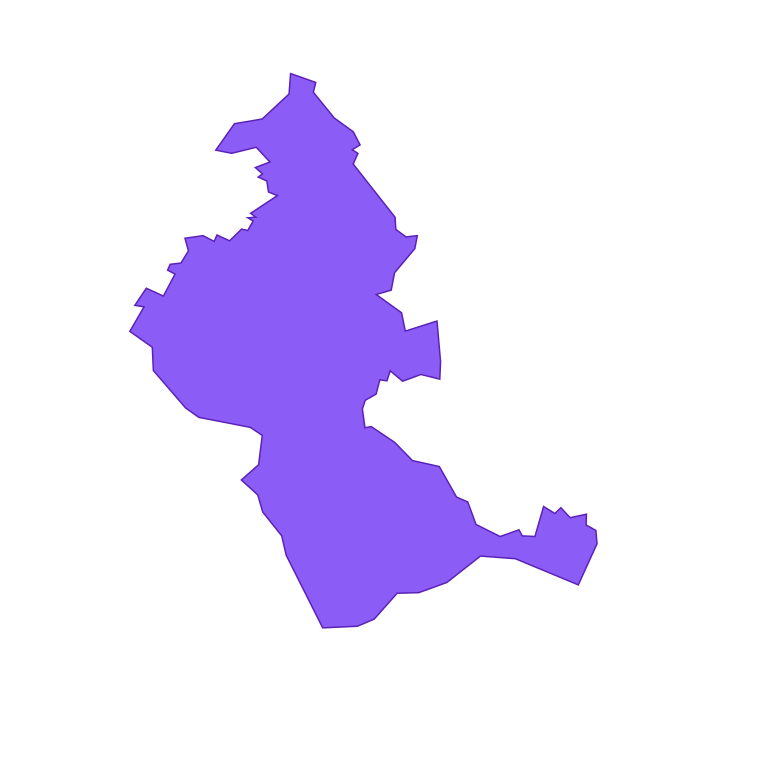 the district of Brvenitsa, Brvenica, North Macedonia, rotated 24°
{"feature_id": "65306769B32864383387565", "entity_name": "Brvenitsa", "entity_type": "district", "adm_level": 2, "iso_a3": "MKD", "parent_name": "North Macedonia", "parent_adm1": "Brvenica", "projection": "robinson", "projection_center": [21.042, 41.888], "detail": "fine", "context": "isolated", "style": "filled", "palette": "violet", "viewbox_px": 768, "rotation_deg": 24, "n_neighbors": 0, "source": "geoboundaries", "source_scale": "gbopen_adm2", "svg_char_len": 1442}
<svg xmlns="http://www.w3.org/2000/svg" viewBox="0 0 768 768"><g transform="rotate(24 384 384)"><path d="M643.2,488.5L643.6,443.3L637.1,431.6L626.0,430.6L621.9,420.6L608.4,430.4L595.9,425.1L592.8,432.8L579.6,431.0L583.9,461.9L572.1,466.5L566.6,462.3L552.1,476.1L525.2,474.9L508.5,457.7L496.3,457.8L468.1,436.9L441.2,442.4L417.5,433.0L389.6,428.1L384.4,431.7L374.4,415.6L373.5,406.5L380.9,396.4L378.5,381.9L385.4,379.9L384.3,369.4L399.9,373.9L413.8,360.3L433.0,356.9L426.6,340.6L406.8,304.9L381.9,327.0L371.1,311.8L340.5,305.4L352.4,295.3L348.4,278.1L357.1,247.8L354.1,234.9L344.2,240.7L331.9,237.9L326.3,227.2L266.4,195.6L266.4,184.0L259.7,182.9L264.9,175.3L253.4,166.1L230.3,161.2L200.8,146.2L199.0,136.3L172.4,138.4L179.3,157.7L164.9,191.5L141.5,207.0L135.2,238.8L151.0,235.2L171.0,219.7L189.5,227.6L178.4,238.6L187.5,241.5L184.9,246.1L194.4,246.2L200.4,255.6L210.0,255.2L192.7,282.3L199.0,283.7L192.0,287.6L198.2,288.3L197.1,299.2L190.9,300.4L184.7,316.0L170.8,315.8L170.9,322.8L158.3,322.1L142.9,331.8L151.2,341.9L149.3,356.1L140.0,361.6L140.0,368.0L148.4,368.6L146.7,393.4L127.9,393.2L124.4,413.5L133.4,411.1L130.4,439.3L157.4,444.7L167.8,465.5L212.5,486.6L228.5,489.8L279.5,478.0L293.7,480.5L302.3,508.8L292.7,529.7L313.8,536.7L325.3,550.3L352.3,564.3L364.3,580.2L427.2,631.7L458.3,616.1L470.7,602.7L481.1,569.8L500.6,560.5L522.1,539.8L542.1,502.0L575.0,490.2L643.2,488.5Z" fill="#8b5cf6" stroke="#5b21b6" stroke-width="1.5"/></g></svg>